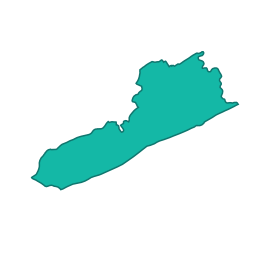 outline of Angk Snuol, Kândal, Cambodia, rotated 236°
{"feature_id": "14789045B83714084538428", "entity_name": "Angk Snuol", "entity_type": "district", "adm_level": 2, "iso_a3": "KHM", "parent_name": "Cambodia", "parent_adm1": "Kândal", "projection": "natural_earth1", "projection_center": [104.717, 11.567], "detail": "fine", "context": "isolated", "style": "filled", "palette": "teal", "viewbox_px": 256, "rotation_deg": 236, "n_neighbors": 0, "source": "geoboundaries", "source_scale": "gbopen_adm2", "svg_char_len": 4673}
<svg xmlns="http://www.w3.org/2000/svg" viewBox="0 0 256 256"><g transform="rotate(236 128 128)"><path d="M102.3,133.8L101.2,136.8L100.2,141.2L100.1,143.9L99.7,146.5L99.6,147.0L98.3,151.4L96.9,156.9L95.9,161.8L94.7,167.0L93.8,171.5L93.0,175.8L92.6,178.7L92.5,179.7L92.3,180.9L92.0,182.3L91.7,183.8L91.9,185.0L91.6,186.6L91.1,186.9L90.7,187.6L89.8,189.0L89.3,191.0L89.4,191.8L89.5,193.0L89.7,193.8L90.2,194.5L90.2,195.9L90.0,198.7L89.8,201.2L89.6,204.2L89.6,207.3L89.5,208.9L89.0,212.1L88.4,215.6L88.1,217.9L87.4,221.7L86.9,225.4L86.6,227.7L86.3,230.9L86.0,232.6L86.7,232.6L87.3,232.6L88.0,232.5L88.6,232.2L89.3,231.0L89.8,230.3L90.0,229.6L90.2,228.7L90.8,228.0L91.3,227.6L92.0,226.6L92.4,225.8L92.9,224.9L93.3,224.2L94.0,223.7L94.9,223.5L95.9,223.6L96.7,223.8L97.4,224.1L98.0,224.1L98.4,223.5L99.2,223.1L100.0,222.9L101.0,222.8L101.8,222.8L102.4,223.3L102.8,223.9L103.3,224.6L103.9,225.6L105.0,226.6L105.7,227.2L107.0,227.5L108.0,227.4L109.0,227.2L110.0,227.0L110.7,227.5L111.2,227.9L111.5,228.4L112.0,229.6L112.8,230.2L113.7,230.4L114.7,230.3L115.7,230.3L116.3,230.5L116.9,231.0L117.4,231.5L117.6,232.0L117.7,232.8L118.0,233.5L118.3,234.3L118.8,234.6L119.5,234.8L120.8,235.0L121.9,235.0L123.1,235.1L124.2,235.2L125.4,235.4L126.3,235.6L127.6,235.3L128.5,234.6L129.3,233.3L129.8,231.6L129.8,230.9L129.5,229.7L128.9,228.7L128.7,227.7L129.0,227.0L129.5,226.4L130.5,226.0L131.6,226.2L132.2,226.5L133.0,226.7L133.9,226.6L134.9,225.2L135.5,223.6L135.9,223.1L136.5,223.3L137.0,223.8L137.7,224.7L138.1,226.0L138.8,226.9L140.0,227.3L140.9,227.4L142.2,226.9L143.5,225.9L144.5,225.1L145.0,224.9L145.9,225.0L147.1,225.5L147.6,226.3L147.5,227.2L147.2,228.2L146.9,229.2L146.6,229.9L146.8,231.1L147.3,232.2L148.2,232.9L149.2,232.9L149.8,232.0L149.7,230.8L150.0,229.0L150.6,227.8L151.4,227.2L151.6,226.8L151.8,225.6L151.8,224.7L152.0,222.4L152.0,220.3L151.9,218.5L151.9,216.6L152.0,214.7L152.1,212.5L152.1,210.4L152.0,208.8L152.1,206.2L153.1,205.3L153.2,203.4L153.2,201.1L154.7,200.4L154.9,199.8L154.8,198.9L155.7,198.8L155.9,197.6L155.8,196.4L156.3,196.4L157.2,196.5L159.0,196.5L161.1,196.6L162.3,196.5L162.5,196.0L162.7,195.0L162.6,194.4L163.8,194.4L165.5,194.1L165.7,193.5L165.6,192.2L165.6,191.3L165.6,190.8L165.8,190.3L166.3,189.6L166.8,188.6L167.3,187.4L168.0,186.5L168.6,186.0L169.1,185.6L169.6,185.0L169.7,183.5L169.9,181.6L170.0,179.7L170.0,177.9L169.8,175.7L169.9,174.1L169.7,172.5L169.6,170.5L169.2,170.2L168.1,169.4L167.0,168.8L165.4,167.2L164.3,166.2L162.9,164.5L161.8,162.8L161.1,161.2L160.5,159.7L159.5,159.8L158.1,160.7L156.6,161.6L155.0,162.6L153.8,162.1L152.7,161.7L152.2,161.2L151.7,160.6L151.5,159.5L151.5,158.6L151.3,157.1L151.0,156.3L150.7,155.9L150.4,154.9L151.1,153.2L151.0,150.7L150.3,149.1L149.2,147.6L148.2,146.6L147.3,146.5L146.3,147.4L144.9,148.5L143.7,148.3L142.5,148.3L141.2,147.9L140.1,148.0L139.3,148.1L139.3,146.6L139.2,144.3L138.9,142.4L138.5,141.0L138.0,139.2L137.4,137.3L136.7,135.9L135.7,134.6L134.7,134.0L133.8,133.4L132.8,132.0L134.9,130.7L135.6,129.8L135.9,128.3L135.6,127.7L134.8,127.2L134.3,126.7L134.4,124.6L134.4,123.4L132.9,123.4L131.3,123.5L130.0,123.5L128.9,123.3L128.2,122.8L127.8,121.8L128.0,120.5L129.0,120.1L130.5,120.1L131.7,120.1L132.7,120.2L133.7,120.9L135.3,121.3L135.7,121.1L136.4,120.9L137.1,120.1L137.9,120.6L138.8,121.1L139.7,121.4L140.0,120.9L140.5,120.2L140.9,119.7L141.2,119.3L141.7,118.8L142.3,117.9L142.6,117.0L142.9,116.1L143.1,115.5L143.8,115.4L144.4,115.2L144.1,113.5L143.8,112.6L143.4,111.6L143.0,110.8L142.7,110.0L142.4,109.1L142.2,108.1L142.0,107.4L142.1,106.0L142.7,104.7L143.5,103.5L144.1,102.5L144.4,102.1L144.8,101.1L145.2,100.4L145.4,99.5L145.4,98.2L145.1,97.2L144.9,96.7L144.2,94.8L144.2,93.8L144.2,92.9L144.5,91.7L145.3,89.6L146.5,86.5L147.2,84.7L147.8,82.8L148.1,81.8L148.5,80.3L148.8,78.2L149.0,76.3L149.6,73.8L149.8,73.0L150.3,68.9L150.6,67.5L151.3,64.3L151.2,62.1L150.9,60.6L150.7,59.1L150.4,57.9L150.3,56.7L153.1,52.1L153.6,52.0L154.3,50.3L154.5,49.0L154.4,47.9L154.1,46.8L153.9,46.3L153.7,45.3L153.3,44.9L153.0,43.6L152.5,42.6L151.7,39.2L150.3,36.7L148.7,35.0L146.8,33.8L145.3,32.7L143.9,31.1L142.7,29.4L141.7,27.6L141.0,26.4L140.8,25.5L140.9,20.5L140.0,20.4L138.7,21.0L136.4,22.5L134.2,23.5L132.0,24.6L130.5,25.3L127.4,26.4L126.2,26.7L125.1,27.6L124.6,28.9L124.2,30.7L123.4,32.5L121.8,33.9L121.3,34.0L120.7,34.6L120.0,35.4L118.4,36.8L116.6,37.5L115.1,37.8L114.5,37.8L113.9,40.0L113.6,43.3L113.3,45.5L112.3,50.9L109.0,59.0L108.1,62.7L107.7,66.6L107.6,69.9L107.4,70.5L106.9,72.6L105.2,77.9L104.7,80.2L104.1,83.8L103.1,89.6L101.7,97.7L101.2,101.7L101.1,102.2L101.0,103.2L101.1,110.9L101.2,116.4L101.6,123.1L102.0,128.3L102.3,132.6L102.3,133.8Z" fill="#14b8a6" stroke="#0f766e" stroke-width="1.5"/></g></svg>